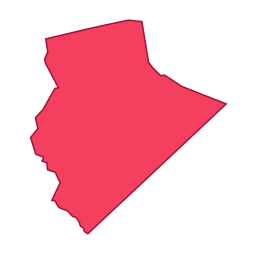 outline of Edgefield, South Carolina, United States of America, rotated 3°
{"feature_id": "52423323B30535713106767", "entity_name": "Edgefield", "entity_type": "district", "adm_level": 2, "iso_a3": "USA", "parent_name": "United States of America", "parent_adm1": "South Carolina", "projection": "equal_earth", "projection_center": [-82.027, 33.754], "detail": "fine", "context": "isolated", "style": "filled", "palette": "rose", "viewbox_px": 256, "rotation_deg": 3, "n_neighbors": 0, "source": "geoboundaries", "source_scale": "gbopen_adm2", "svg_char_len": 792}
<svg xmlns="http://www.w3.org/2000/svg" viewBox="0 0 256 256"><g transform="rotate(3 128 128)"><path d="M94.9,27.7L80.8,31.7L41.2,43.3L43.9,56.1L41.1,63.6L42.5,68.1L56.4,91.4L52.9,92.4L42.0,114.3L35.0,122.5L38.0,133.3L31.2,142.6L37.3,159.0L45.4,161.7L43.8,165.5L48.8,166.9L49.8,173.9L57.6,175.9L63.1,186.3L56.4,202.6L55.8,204.4L58.0,204.4L59.1,204.8L61.8,209.3L62.7,210.4L63.6,211.1L66.0,212.1L71.2,213.6L72.7,214.6L76.8,218.8L77.6,219.3L77.9,219.5L80.0,219.7L81.0,220.2L84.3,224.7L85.2,227.4L85.9,228.7L87.6,229.4L89.4,231.4L89.4,232.8L90.7,234.2L93.5,235.7L119.6,208.4L122.2,205.8L148.9,178.0L178.7,146.9L201.6,123.0L224.8,98.8L199.5,90.4L179.4,83.6L161.8,73.3L158.0,74.1L149.7,66.8L145.1,61.3L136.3,21.0L122.6,20.3L94.9,27.7Z" fill="#f43f5e" stroke="#9f1239" stroke-width="1.5"/></g></svg>